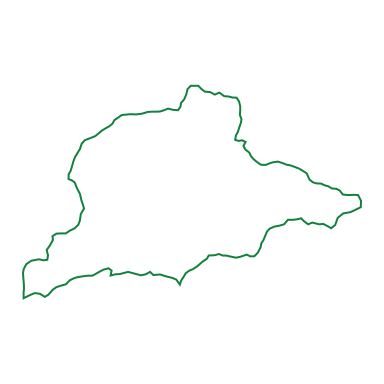 the district of Passa Quatro, Minas Gerais, Brazil
{"feature_id": "56859067B53708419118312", "entity_name": "Passa Quatro", "entity_type": "district", "adm_level": 2, "iso_a3": "BRA", "parent_name": "Brazil", "parent_adm1": "Minas Gerais", "projection": "orthographic", "projection_center": [-44.965, -22.402], "detail": "fine", "context": "isolated", "style": "outline", "palette": "green", "viewbox_px": 384, "rotation_deg": 0, "n_neighbors": 0, "source": "geoboundaries", "source_scale": "gbopen_adm2", "svg_char_len": 2499}
<svg xmlns="http://www.w3.org/2000/svg" viewBox="0 0 384 384"><path d="M121.8,115.0L117.1,118.3L114.2,120.3L112.6,123.5L109.7,126.0L105.6,128.3L101.6,130.8L98.9,133.2L95.1,136.2L90.6,138.0L84.8,140.2L81.6,143.9L80.0,148.9L77.4,153.2L75.1,156.9L73.4,161.4L72.0,166.3L70.6,170.9L68.6,174.5L68.6,179.1L71.7,180.3L74.7,182.4L76.8,187.8L80.0,194.1L81.3,200.0L82.9,204.6L84.0,208.5L80.8,214.1L79.9,220.5L78.3,224.8L74.6,228.3L69.6,230.8L65.8,233.4L61.9,233.4L56.5,233.6L52.5,236.2L52.9,240.0L50.0,245.3L46.7,250.0L48.0,255.4L47.3,259.8L43.5,260.3L39.0,259.3L31.1,260.8L26.3,264.2L23.7,269.1L23.0,273.1L23.4,278.7L23.9,284.5L24.0,288.8L23.6,292.4L23.6,298.2L30.1,295.0L34.8,293.1L40.0,293.8L44.8,296.9L48.4,294.7L52.9,289.6L56.3,287.2L60.4,285.8L65.9,284.3L69.9,280.2L73.9,278.3L77.4,277.2L82.8,276.3L87.4,275.7L92.5,275.7L99.2,271.9L103.3,269.7L108.6,268.3L111.6,270.6L110.6,275.5L115.3,274.3L119.6,274.1L128.1,271.9L140.9,275.3L145.7,274.3L150.0,271.9L153.4,275.0L160.2,274.5L166.2,276.4L172.0,277.8L176.2,279.5L179.9,284.6L181.1,280.7L183.5,277.0L185.8,273.1L189.4,270.6L192.8,269.2L197.0,266.5L202.4,261.8L206.9,258.7L208.7,255.5L214.9,255.2L218.8,254.0L223.1,255.6L226.4,255.6L230.3,256.5L236.0,257.7L240.9,256.6L246.7,254.6L250.4,256.4L254.4,256.2L257.8,252.7L260.7,247.0L261.3,243.3L263.4,240.2L267.0,231.5L269.8,228.6L274.4,226.6L279.3,225.7L284.1,224.3L287.9,219.8L293.3,219.8L297.8,219.2L301.1,218.3L303.7,221.0L308.1,224.3L312.4,222.6L319.2,224.3L323.2,223.9L327.7,226.2L331.1,228.2L335.2,225.0L337.7,217.9L343.2,213.4L350.2,212.2L354.0,210.5L360.8,207.2L361.0,200.8L358.1,195.1L353.5,194.8L348.6,195.1L342.8,194.5L339.6,190.4L336.2,188.8L331.9,188.5L328.3,186.3L324.6,185.3L321.1,183.6L316.6,183.4L313.1,182.4L309.5,179.6L306.7,173.3L302.9,170.9L299.1,168.6L294.4,166.8L290.5,165.4L286.5,164.7L282.9,163.2L277.9,161.6L272.8,162.3L269.2,163.5L265.8,164.9L261.1,164.8L256.8,161.9L253.6,159.2L251.0,156.2L249.3,152.6L245.3,149.5L243.5,145.9L245.6,141.9L242.2,140.3L238.6,140.9L235.2,139.9L235.9,135.5L237.8,132.1L239.5,126.7L240.9,122.8L241.5,119.3L239.9,115.0L240.2,110.7L240.2,106.2L239.0,101.4L236.6,97.7L232.3,97.5L228.7,96.5L224.2,96.2L219.4,92.6L214.7,94.6L210.2,92.1L204.8,91.6L201.5,89.1L198.3,85.8L194.9,85.8L190.7,85.8L187.5,89.2L186.3,94.3L184.2,99.3L181.0,103.1L180.4,106.8L178.1,110.2L172.9,109.8L168.0,108.6L163.9,110.3L160.1,111.5L155.9,111.7L151.9,111.7L147.9,111.9L142.3,113.6L136.3,114.4L129.7,114.2L125.3,114.7L121.8,115.0Z" fill="none" stroke="#15803d" stroke-width="2"/></svg>